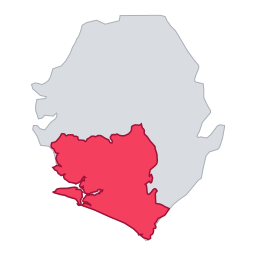 Southern on a map of Sierra Leone (Robinson projection)
{"feature_id": "SLE-760", "entity_name": "Southern", "entity_type": "Province", "adm_level": 1, "iso_a3": "SLE", "parent_name": "Sierra Leone", "parent_adm1": "", "projection": "robinson", "projection_center": [-12.13, 7.714], "detail": "fine", "context": "in_parent", "style": "filled", "palette": "rose", "viewbox_px": 256, "rotation_deg": 0, "n_neighbors": 0, "source": "natural_earth", "source_scale": "10m", "svg_char_len": 7210}
<svg xmlns="http://www.w3.org/2000/svg" viewBox="0 0 256 256"><path d="M224.5,125.5L224.4,127.8L222.5,138.3L219.6,147.2L217.7,149.4L209.6,151.8L206.1,155.7L203.1,168.5L201.2,178.5L198.4,180.1L186.4,194.6L178.6,200.1L173.1,204.8L167.9,210.9L161.4,216.9L154.4,226.9L149.4,237.4L146.0,240.6L143.5,237.7L131.5,227.4L118.9,220.4L92.1,208.9L83.2,205.7L83.5,201.6L86.6,194.1L81.6,185.3L83.5,178.9L81.6,178.9L77.8,182.7L69.6,181.6L64.2,176.1L59.8,174.1L57.8,171.4L55.0,156.9L53.0,150.3L48.9,146.3L40.6,145.3L37.3,136.4L32.7,129.6L33.4,125.4L37.2,125.6L40.1,128.7L44.8,130.0L50.6,122.5L55.8,118.5L57.0,115.0L56.4,113.1L53.2,116.1L44.6,115.3L42.4,118.0L38.5,118.9L35.6,110.2L35.7,105.1L36.9,99.5L45.7,98.5L46.4,96.7L40.4,95.5L32.8,88.9L31.5,84.4L35.2,82.9L38.8,83.6L41.9,84.5L45.3,82.9L48.4,80.5L50.3,77.3L52.9,68.8L61.1,66.0L65.9,60.8L70.5,52.7L72.6,47.0L74.5,44.2L75.7,41.8L76.6,39.1L78.6,36.6L80.8,30.6L82.2,25.2L86.9,22.5L96.6,20.2L105.2,24.2L119.3,20.7L120.1,15.6L133.0,15.5L148.2,15.4L160.9,15.4L165.3,16.7L166.9,20.6L171.1,26.5L175.4,30.7L180.9,39.8L187.2,50.4L194.0,59.9L198.4,65.1L198.9,66.9L198.5,69.0L196.4,73.8L194.6,79.1L194.7,81.1L196.0,82.1L203.2,83.7L203.8,89.6L203.8,97.7L207.3,105.2L210.6,110.8L210.4,112.8L202.4,122.3L199.3,131.7L197.7,134.4L197.0,136.5L198.6,137.5L200.8,136.8L204.0,137.6L206.9,137.9L210.9,134.5L217.4,125.9L219.6,124.8L224.5,125.5ZM80.6,202.0L79.7,203.9L75.4,199.2L53.3,192.2L59.5,188.5L74.9,187.4L79.4,189.5L81.5,191.4L82.2,194.8L80.6,202.0Z" fill="#d9dde1" stroke="#a8b0b8" stroke-width="1"/><path d="M169.3,208.7L165.2,214.7L164.6,215.3L159.3,218.0L158.2,218.3L156.0,222.2L154.8,223.4L154.6,223.7L154.8,224.5L155.7,226.1L155.9,227.1L155.8,227.7L155.5,228.1L155.0,228.3L153.6,228.5L153.4,229.0L153.6,230.4L153.5,231.5L153.1,232.9L152.5,234.1L150.7,235.2L150.4,236.5L150.6,238.3L150.1,238.6L148.0,239.7L147.0,238.7L144.3,238.0L143.0,237.3L141.8,236.3L140.8,235.4L141.4,235.3L141.7,235.1L141.9,234.8L142.2,234.4L140.4,234.3L139.6,234.5L139.1,234.9L138.7,234.9L138.1,233.2L137.2,232.2L133.8,228.9L124.7,223.0L109.7,216.8L94.2,209.8L81.9,205.4L83.8,203.6L86.2,203.5L88.6,204.3L90.7,205.4L90.6,204.8L90.2,204.3L89.8,204.0L89.1,203.9L88.6,203.7L88.1,202.9L87.6,202.4L86.4,201.9L85.7,201.8L84.6,202.5L84.0,202.2L83.5,201.7L83.0,201.4L82.8,200.8L83.3,199.4L84.2,198.0L85.4,196.8L86.0,195.7L86.9,194.9L88.0,195.4L88.7,195.0L89.5,194.9L91.1,194.9L91.4,194.8L92.2,194.5L92.6,194.4L93.1,194.6L93.9,195.2L94.2,195.4L95.4,195.0L96.5,194.2L97.8,193.6L99.5,193.5L99.3,193.2L99.2,192.7L99.1,192.4L100.2,192.0L101.4,191.8L102.3,191.3L102.6,189.9L102.1,189.9L101.7,190.0L101.3,190.0L100.8,190.1L100.4,190.4L100.0,189.7L99.9,189.4L99.3,189.6L98.5,189.6L97.9,189.7L97.7,190.1L97.5,190.8L97.1,191.1L96.0,191.4L95.2,191.8L94.0,191.9L93.3,192.0L92.0,192.7L90.6,193.1L89.3,193.7L88.5,193.9L88.1,193.9L86.8,193.5L86.1,193.5L84.6,192.9L84.1,191.5L83.8,189.9L82.7,188.9L82.7,188.4L83.1,188.1L83.2,187.7L83.3,187.1L83.2,186.4L82.7,186.9L82.3,187.2L81.8,187.3L81.5,186.9L81.0,186.9L81.0,187.9L79.5,186.2L80.3,183.7L82.7,179.9L83.8,180.5L84.1,180.9L84.5,180.4L84.1,179.4L84.1,178.4L84.5,177.6L85.4,177.4L84.1,176.4L82.9,177.5L81.0,180.9L77.8,183.1L75.7,184.0L74.8,183.1L74.3,183.2L70.2,182.3L69.8,182.3L69.4,182.2L68.7,181.9L66.2,179.9L65.2,179.4L64.4,178.7L63.8,177.4L63.6,176.1L63.8,175.2L64.5,174.5L65.6,173.9L64.4,174.1L61.2,175.6L58.2,173.4L57.3,171.5L56.7,170.7L55.7,170.4L55.0,170.0L54.2,169.2L52.8,167.4L54.1,167.1L56.3,165.7L57.5,165.4L58.5,165.5L59.5,165.9L61.7,166.9L60.4,165.4L58.7,164.2L57.4,162.7L56.3,159.2L56.1,158.9L55.9,158.7L56.0,158.1L56.4,157.2L56.5,156.1L56.9,155.1L57.5,154.2L58.2,153.4L56.1,153.1L55.2,152.2L54.7,150.8L53.7,148.9L53.0,148.4L52.1,148.0L51.4,147.3L51.1,146.2L51.2,145.1L51.3,144.2L51.6,143.3L51.7,143.0L51.7,142.9L51.8,142.8L55.0,142.0L55.7,141.7L56.6,140.9L57.7,139.5L58.4,138.8L59.5,137.5L60.2,136.3L60.6,135.8L60.9,135.2L61.2,134.5L61.4,134.2L61.6,133.9L62.0,133.7L62.6,133.7L63.8,133.8L64.4,134.0L64.8,134.3L65.0,134.5L65.2,134.8L65.4,135.2L65.5,135.5L66.1,135.8L66.5,135.8L67.9,135.0L68.4,134.9L72.3,134.8L72.7,134.9L73.0,135.0L73.4,135.5L73.6,135.9L73.9,136.2L74.5,136.3L75.7,136.3L76.8,136.5L77.4,136.8L77.7,137.0L77.9,137.2L77.9,137.6L78.0,138.5L78.0,138.9L78.1,139.3L78.3,139.6L78.5,139.8L79.0,140.0L83.9,140.3L84.2,140.5L84.4,140.7L84.6,141.0L84.7,141.3L85.0,141.6L85.3,141.6L85.9,141.3L86.3,140.9L86.5,140.5L86.9,139.5L87.1,139.2L87.3,139.0L87.6,138.8L89.5,137.8L90.1,137.4L90.5,137.0L91.0,136.5L91.4,136.3L92.0,136.2L93.8,136.2L94.3,136.2L94.6,136.4L94.9,136.6L95.3,136.7L95.9,136.6L97.7,135.7L98.1,135.5L98.7,135.5L99.6,135.5L100.9,135.7L101.4,135.9L105.3,138.4L108.5,139.8L108.7,140.0L108.9,140.2L109.3,141.4L109.4,141.7L109.8,142.3L110.0,142.5L110.3,142.7L110.6,142.8L111.0,142.9L111.6,143.0L111.9,143.0L112.1,142.6L112.3,141.8L112.3,141.4L112.2,141.1L112.0,140.4L111.8,140.1L111.5,139.9L111.3,139.7L111.1,139.5L110.5,138.1L110.4,137.8L110.3,137.4L110.4,137.0L110.6,136.7L111.7,135.0L111.9,134.8L112.2,134.8L112.7,134.8L113.2,134.5L114.3,134.5L115.1,134.7L115.5,134.7L115.9,134.5L116.6,134.1L117.0,134.0L117.5,134.2L118.6,135.0L121.1,135.7L122.7,135.8L124.4,135.7L125.6,135.3L128.6,133.8L129.0,133.5L130.5,131.9L130.9,131.3L131.2,130.7L131.5,129.1L131.6,127.3L131.7,126.9L131.8,126.5L132.0,126.3L132.4,126.0L133.8,125.3L134.5,125.1L135.3,124.9L138.9,125.2L139.9,125.0L141.3,123.9L142.0,126.9L142.5,127.9L143.0,128.5L144.0,129.7L144.2,130.3L144.3,130.8L144.2,132.0L144.2,133.1L144.4,133.7L144.6,134.2L146.0,135.6L146.3,135.8L147.4,137.0L150.1,141.0L154.5,145.9L154.9,146.6L155.1,147.1L155.1,147.5L155.0,148.1L155.1,148.5L155.2,148.9L156.8,153.8L157.0,155.3L157.1,158.0L157.3,160.0L157.3,160.8L157.2,161.6L156.9,163.1L156.6,163.8L156.4,164.1L156.2,164.4L156.0,164.6L155.5,165.0L154.7,166.0L150.4,169.6L150.2,169.9L150.1,170.3L149.4,173.6L149.4,175.4L149.4,176.0L149.6,176.4L149.9,176.1L150.9,174.7L151.1,174.5L151.3,174.4L151.4,174.5L152.5,177.7L152.6,178.2L152.5,178.6L152.4,178.9L152.2,179.3L152.0,181.0L151.8,181.7L151.4,182.3L151.2,182.6L150.9,182.8L150.6,182.8L150.3,182.8L150.1,182.5L149.8,181.8L149.7,181.5L149.5,181.2L149.3,181.2L149.0,181.4L147.0,183.0L145.2,184.2L145.2,184.4L145.4,184.5L146.1,184.8L146.4,185.8L146.7,187.4L147.0,191.4L147.3,193.0L147.6,193.9L147.9,194.0L148.2,194.2L148.5,194.3L148.9,194.3L149.2,194.1L149.5,194.0L149.7,193.7L151.2,192.3L153.2,189.6L153.7,189.2L154.3,188.8L154.7,188.8L155.0,188.8L155.4,188.9L155.7,189.0L155.9,189.2L156.2,189.5L157.1,191.0L155.5,192.9L155.4,193.5L155.3,194.3L155.5,197.5L155.5,198.0L155.5,199.6L155.7,201.3L155.6,202.9L155.7,203.2L156.0,203.4L156.7,203.6L157.5,203.7L158.3,203.8L159.1,203.9L160.8,204.4L162.9,205.4L164.6,206.5L169.3,208.6L169.3,208.7ZM82.7,192.4L82.0,192.9L81.9,193.8L82.3,195.9L82.2,197.2L81.7,198.0L81.2,198.7L80.6,199.9L80.5,201.0L81.1,203.5L81.0,204.4L80.2,205.2L79.1,205.4L78.1,205.0L77.5,203.9L78.8,203.9L77.9,202.1L76.8,200.3L75.5,198.9L74.2,198.4L73.3,198.3L67.4,196.5L65.3,195.3L59.9,194.4L53.3,192.4L53.3,191.9L55.7,191.2L55.9,190.2L56.7,189.3L57.7,188.9L60.1,188.4L67.2,188.4L68.2,188.3L70.7,187.6L74.5,187.2L75.8,187.3L77.1,187.9L76.1,189.2L76.8,189.5L79.2,189.4L80.4,189.8L81.3,190.5L82.1,191.4L82.7,192.4Z" fill="#f43f5e" stroke="#9f1239" stroke-width="1.5"/></svg>